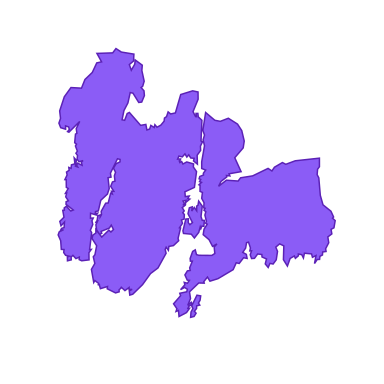 Tysvær nor, Rogaland, Norway (Albers equal-area conic projection), rotated 12°
{"feature_id": "86288312B7818860618631", "entity_name": "Tysvær nor", "entity_type": "district", "adm_level": 2, "iso_a3": "NOR", "parent_name": "Norway", "parent_adm1": "Rogaland", "projection": "albers", "projection_center": [5.664, 59.38], "detail": "fine", "context": "isolated", "style": "filled", "palette": "violet", "viewbox_px": 384, "rotation_deg": 12, "n_neighbors": 0, "source": "geoboundaries", "source_scale": "gbopen_adm2", "svg_char_len": 6060}
<svg xmlns="http://www.w3.org/2000/svg" viewBox="0 0 384 384"><g transform="rotate(12 192 192)"><path d="M50.2,156.4L55.3,156.9L54.6,153.6L57.8,154.0L59.0,156.3L57.7,158.8L59.2,159.1L67.5,146.3L65.6,154.1L67.2,158.5L66.0,159.6L67.0,168.2L69.1,169.2L68.4,171.2L71.4,175.9L70.4,178.2L72.4,180.0L72.8,183.8L75.2,185.9L78.9,183.9L77.6,185.8L78.9,188.7L74.0,187.6L73.7,189.9L75.0,191.3L72.6,191.0L72.3,185.1L69.7,183.1L71.6,188.8L68.4,190.5L68.8,194.0L66.4,193.6L67.3,196.3L65.1,198.6L66.3,201.3L65.1,206.3L66.4,206.1L68.1,213.6L70.2,214.3L68.5,219.5L69.6,219.0L69.5,223.0L72.9,226.3L70.9,227.6L71.3,230.2L79.6,234.3L77.4,235.8L72.0,232.1L70.3,234.2L70.9,236.3L69.4,236.8L72.0,243.3L68.8,248.2L70.9,252.3L73.5,247.9L74.3,253.4L72.0,254.7L71.4,256.9L74.2,255.6L70.4,258.6L70.0,261.8L73.7,267.0L76.1,275.3L78.8,274.9L79.1,277.9L81.5,280.2L85.4,280.3L83.6,281.5L84.5,285.2L88.0,283.5L87.3,280.8L88.7,278.7L92.3,281.3L95.3,279.1L95.7,281.6L98.4,282.2L105.4,279.8L103.8,272.8L105.4,269.1L103.8,269.6L102.3,252.6L100.5,250.6L101.7,244.4L100.1,240.9L100.8,238.0L98.1,238.7L97.2,233.9L103.3,234.4L104.1,232.3L101.8,233.2L101.7,231.2L104.3,230.0L104.5,219.1L109.7,211.6L110.3,205.8L106.9,195.5L109.7,194.3L108.3,190.5L112.2,175.0L114.9,175.1L115.3,177.5L111.9,180.1L110.2,185.0L113.1,188.6L112.7,192.3L114.4,197.4L112.1,198.7L111.3,203.4L115.4,207.6L113.0,208.0L114.5,210.5L112.7,210.1L112.3,220.2L109.9,220.9L107.2,229.8L108.2,233.0L107.4,235.4L107.0,233.5L104.8,234.8L105.1,239.6L104.0,242.4L106.0,238.8L104.8,244.1L106.6,248.9L110.4,252.6L112.3,251.2L111.3,249.4L118.7,244.4L119.9,241.2L123.0,245.0L121.0,248.0L118.6,246.6L113.1,254.8L105.8,248.9L106.5,252.1L104.0,254.8L103.9,258.3L109.9,264.4L110.1,273.5L108.9,275.9L111.8,282.1L109.7,288.6L114.7,300.9L115.4,298.8L119.4,300.7L120.4,301.7L119.0,302.4L120.6,302.0L122.5,305.6L129.0,302.0L129.2,304.3L138.2,306.6L141.5,304.8L141.0,302.8L142.9,300.3L142.0,299.5L146.9,302.4L150.3,298.5L150.7,300.4L153.7,299.7L151.2,301.7L152.6,305.8L155.3,304.3L162.9,292.9L168.4,280.4L174.5,273.4L179.4,257.3L177.7,253.8L178.2,251.4L181.0,253.9L180.7,250.0L185.0,248.3L189.1,242.4L188.0,240.2L188.3,229.6L187.2,229.6L189.2,224.6L187.5,221.6L189.9,220.1L189.2,215.6L187.3,214.2L188.3,212.1L185.7,209.3L188.2,206.2L188.2,204.4L187.4,206.2L186.3,206.2L186.9,204.6L185.1,202.7L187.8,201.4L188.0,203.6L191.3,199.4L189.2,199.4L190.1,196.5L186.4,197.9L185.0,193.3L193.4,187.0L192.2,171.1L188.1,167.2L187.7,164.2L180.6,163.7L177.3,166.5L175.5,164.3L174.0,165.7L173.1,164.2L173.8,163.7L174.0,162.1L171.1,162.8L171.7,159.6L175.2,159.7L177.2,156.2L179.7,158.9L181.1,156.3L183.7,159.0L187.1,158.6L187.0,161.3L191.5,163.6L189.4,155.0L191.8,149.5L190.7,145.4L191.8,140.8L190.2,140.2L186.8,119.8L182.5,117.2L181.4,113.9L179.6,114.3L180.7,117.4L179.8,117.5L176.3,113.2L178.7,100.0L177.1,92.9L171.6,92.9L160.7,99.0L159.3,118.1L154.9,120.1L152.0,118.6L151.4,123.6L149.7,125.4L150.0,128.5L147.6,133.1L144.3,135.9L141.7,133.9L141.6,136.8L137.9,135.4L137.5,139.2L135.0,140.7L132.8,135.5L127.9,137.5L114.2,127.2L112.3,128.7L111.2,135.9L108.6,135.9L108.5,126.5L110.8,118.2L110.9,107.6L113.7,107.6L121.3,115.5L124.1,114.5L125.4,107.6L124.0,103.0L120.5,100.4L121.8,98.8L122.2,93.6L117.7,83.6L117.0,78.3L109.1,74.7L109.4,79.0L107.3,85.5L104.2,80.4L107.6,76.0L106.5,69.2L93.8,69.8L87.8,67.5L85.5,72.4L70.2,76.2L76.5,83.5L72.0,85.5L69.6,95.8L63.9,104.2L62.3,113.4L51.9,115.0L47.3,125.4L45.7,140.2L48.1,147.3L47.5,152.3L50.2,156.4ZM188.8,111.4L189.8,129.5L192.4,133.7L192.0,138.7L194.6,144.1L195.2,160.5L196.6,167.0L200.8,167.7L199.2,171.3L199.7,173.0L196.4,175.2L196.2,177.6L197.9,177.9L197.2,180.3L199.3,180.6L197.3,183.5L198.5,183.8L199.7,189.7L202.3,190.3L202.8,196.2L206.0,200.0L206.8,205.1L208.2,205.2L207.5,207.3L209.6,208.4L209.4,211.9L212.2,217.6L211.8,219.7L213.6,220.3L211.5,225.9L211.8,231.4L218.6,235.1L223.4,240.9L227.2,237.6L225.1,241.2L227.1,247.4L224.6,249.9L211.8,252.5L209.4,252.3L207.2,247.9L205.0,250.0L204.0,257.4L204.8,260.0L206.7,259.6L205.5,266.7L206.6,269.1L203.9,270.1L202.3,274.6L205.7,279.2L207.8,279.0L206.5,282.2L203.2,282.0L204.3,284.2L201.1,289.9L204.6,286.9L207.7,288.1L207.6,290.7L201.1,293.6L202.4,295.8L197.2,305.2L201.5,309.3L201.2,312.2L203.4,310.7L205.2,316.5L211.7,311.1L213.8,306.2L212.2,306.6L212.7,304.5L215.4,301.8L214.2,300.0L211.4,303.8L212.7,296.5L210.3,290.2L217.5,279.6L222.9,278.6L222.2,277.2L224.8,272.0L228.1,275.5L235.4,271.4L248.4,259.4L250.0,252.0L253.0,252.1L256.1,245.6L259.7,245.5L258.1,241.7L254.2,240.5L256.1,235.8L255.9,230.2L257.7,229.3L260.8,234.6L260.8,237.6L262.5,237.1L262.0,241.3L264.1,244.7L266.9,243.9L269.1,239.0L273.3,238.6L274.0,241.0L278.8,242.0L278.6,247.1L282.2,250.0L283.1,245.6L286.3,245.6L288.5,240.8L288.0,232.3L285.4,228.5L288.5,224.5L293.0,225.6L295.5,239.2L300.7,244.6L301.8,236.6L305.4,233.3L306.9,235.4L309.3,232.3L308.9,230.5L312.4,230.5L314.7,233.4L314.7,228.5L321.8,227.7L323.4,230.8L326.5,228.4L326.7,236.5L328.5,232.0L330.8,231.4L330.5,228.3L332.7,226.5L332.3,223.5L335.5,222.3L334.5,219.7L336.3,213.2L334.2,207.7L337.5,203.9L335.8,199.6L338.3,197.5L338.0,190.2L334.9,188.4L335.7,187.0L331.9,181.9L322.8,177.3L318.2,168.6L313.1,151.8L310.8,149.0L310.1,143.6L311.4,140.8L309.6,132.4L286.5,140.0L278.0,145.4L274.3,144.4L267.5,150.6L265.8,154.8L261.5,153.1L248.0,163.6L236.6,168.0L234.8,171.7L223.2,173.3L216.8,180.9L218.2,175.6L222.9,170.0L222.3,168.7L225.7,168.4L224.4,166.5L235.8,161.9L226.7,149.6L232.9,138.2L232.5,131.3L227.9,121.6L222.4,116.1L212.2,112.3L205.0,117.0L199.4,117.1L188.8,111.4ZM205.0,203.7L200.4,199.5L200.6,203.7L199.5,204.8L200.5,209.4L197.4,206.6L195.7,210.7L195.3,206.5L192.7,208.0L192.6,214.1L198.8,221.8L196.7,224.4L194.7,222.7L194.0,219.0L191.6,219.7L191.2,231.9L192.3,234.3L200.1,233.4L203.9,236.5L207.0,230.1L207.3,224.3L208.3,225.9L208.8,223.3L210.7,223.1L210.0,217.2L207.9,217.6L205.9,214.1L205.0,203.7ZM222.1,291.8L218.3,291.9L215.4,303.5L217.1,305.8L216.0,309.6L216.7,314.9L219.9,313.3L221.2,309.7L219.1,308.1L220.7,305.0L220.2,302.4L223.1,301.0L221.4,299.3L222.4,296.2L222.1,291.8Z" fill="#8b5cf6" stroke="#5b21b6" stroke-width="1.5"/></g></svg>